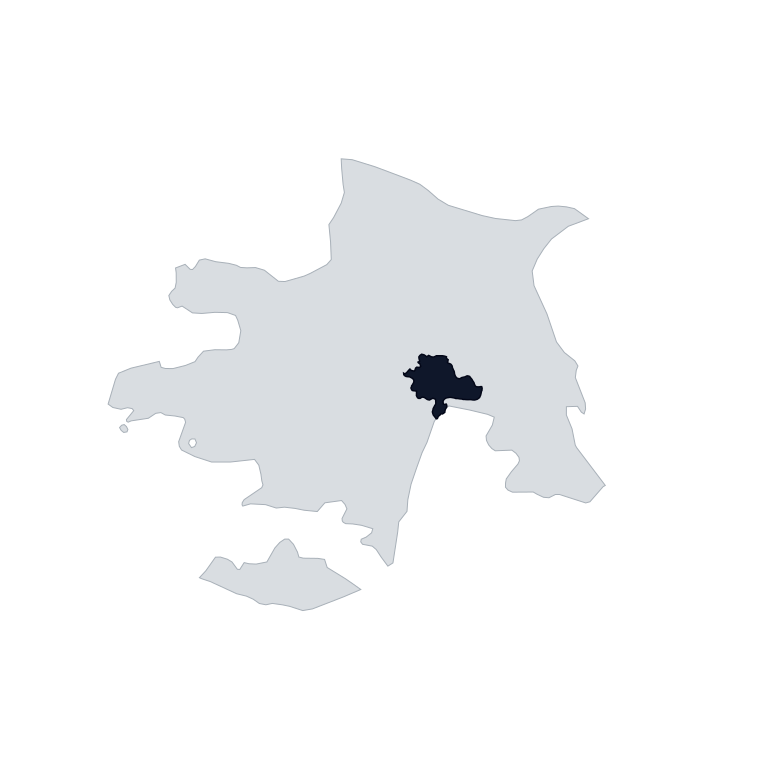 Imishli District, İmişli, Azerbaijan shown in context, rotated 325°
{"feature_id": "54616110B47039748407948", "entity_name": "Imishli District", "entity_type": "district", "adm_level": 2, "iso_a3": "AZE", "parent_name": "Azerbaijan", "parent_adm1": "İmişli", "projection": "equal_earth", "projection_center": [48.045, 39.875], "detail": "fine", "context": "in_parent", "style": "filled", "palette": "ink", "viewbox_px": 768, "rotation_deg": 325, "n_neighbors": 0, "source": "geoboundaries", "source_scale": "gbopen_adm2", "svg_char_len": 5708}
<svg xmlns="http://www.w3.org/2000/svg" viewBox="0 0 768 768"><g transform="rotate(325 384 384)"><path d="M507.1,594.0L504.5,593.8L485.1,598.6L481.0,597.1L464.4,575.2L461.0,572.8L453.9,571.8L449.7,568.3L446.3,562.4L444.3,558.1L427.2,546.3L424.7,542.0L424.3,538.2L426.8,534.8L429.7,531.9L438.1,528.9L447.8,526.4L450.9,524.6L452.5,521.5L452.4,516.5L450.8,511.5L436.8,502.5L435.3,498.7L434.8,493.9L435.6,489.0L437.8,485.1L449.2,479.8L455.3,474.4L451.5,468.3L439.2,454.4L424.6,439.2L414.9,439.0L403.7,443.5L385.7,456.5L375.8,462.1L362.8,471.3L348.7,481.6L337.1,492.5L329.8,501.5L317.0,505.4L310.4,513.0L288.7,535.7L282.7,535.4L282.4,524.1L282.7,515.2L281.4,510.1L274.5,503.0L274.4,500.0L276.3,498.1L281.6,499.2L288.5,498.8L291.8,496.1L284.5,486.8L278.0,480.6L272.5,476.4L271.3,473.9L271.3,472.2L272.5,470.1L282.0,465.0L283.0,460.3L282.4,455.1L267.4,447.4L256.2,450.2L246.2,441.6L239.8,434.9L231.8,427.8L224.6,423.8L217.8,414.9L205.9,405.6L198.3,403.0L198.4,401.6L199.8,399.9L203.1,398.5L224.4,398.8L227.0,397.2L228.4,393.2L231.4,387.4L234.9,378.7L234.7,371.5L213.4,359.8L198.0,349.0L187.4,334.9L180.3,321.9L180.6,317.6L182.7,313.5L199.5,301.6L200.6,298.5L200.3,296.4L194.4,290.3L187.1,284.0L184.8,279.4L180.2,277.1L171.3,276.9L155.8,269.2L152.5,268.5L151.8,266.9L152.6,265.4L163.7,262.3L163.6,259.7L160.3,256.3L154.1,253.9L148.4,247.7L146.5,242.2L166.8,226.1L172.7,222.9L185.8,225.9L212.9,236.6L211.0,242.5L213.7,245.8L219.9,250.3L231.9,254.9L242.0,257.3L247.2,255.3L255.0,253.6L265.1,258.9L274.4,265.6L279.1,268.3L281.6,269.1L288.7,266.9L297.3,258.2L300.8,247.8L301.7,242.7L296.8,235.8L286.6,228.3L275.2,221.7L267.9,215.9L263.3,204.4L258.5,203.1L257.3,201.7L256.6,197.7L256.8,192.3L258.5,188.1L263.2,186.3L267.9,185.6L272.1,181.6L277.5,173.8L279.8,169.4L289.7,171.9L291.0,178.9L292.8,180.4L296.9,179.6L303.8,176.6L309.3,178.9L316.3,187.3L326.0,196.1L331.2,202.1L333.3,206.2L338.3,210.2L345.5,214.9L351.3,222.2L356.4,239.3L361.7,243.3L380.5,249.8L387.1,251.1L405.6,253.4L412.2,251.8L421.7,237.0L430.3,221.8L438.3,218.7L452.7,211.3L461.4,204.4L465.0,197.0L473.1,182.9L478.1,175.0L486.6,182.0L501.4,201.1L522.6,232.1L527.9,240.9L531.3,251.1L534.3,263.5L539.2,274.5L560.8,302.1L570.2,312.3L585.4,325.6L590.8,328.5L597.9,329.4L610.8,329.4L622.9,334.6L628.8,338.2L635.0,343.5L640.6,349.6L646.3,365.9L625.4,360.5L604.4,361.3L592.6,364.8L581.1,369.6L570.2,376.4L563.3,389.5L557.7,420.0L549.4,448.5L549.8,461.7L553.6,474.5L553.2,480.5L549.3,483.1L544.4,488.5L538.0,514.8L534.8,520.1L530.7,523.3L529.5,520.2L529.7,513.3L520.4,507.2L515.6,514.0L512.3,528.6L505.6,543.8L505.3,546.7L507.1,594.0ZM196.7,324.6L197.6,320.6L195.0,318.7L192.3,318.6L189.8,320.7L189.8,325.7L193.1,326.6L196.7,324.6ZM126.2,443.3L123.1,439.1L121.7,436.8L131.0,434.8L146.6,429.2L150.7,431.9L155.2,437.7L157.4,442.6L157.6,451.7L159.5,453.2L167.0,450.1L170.3,453.8L176.0,458.2L186.0,462.6L200.6,455.7L207.8,454.0L213.7,454.1L216.9,456.3L217.9,463.4L216.7,472.1L215.0,476.9L218.0,480.4L229.8,488.9L234.7,493.6L232.2,501.7L240.8,521.6L243.7,529.4L247.1,539.0L229.0,535.2L196.4,527.2L187.5,523.0L179.1,511.9L174.1,506.6L166.7,499.7L160.6,497.1L156.0,492.3L153.4,485.2L149.6,478.8L143.0,471.3L128.2,445.9L126.2,443.3ZM148.1,274.4L146.0,275.8L143.0,274.4L142.1,271.3L142.4,268.0L145.4,267.3L147.9,268.2L148.6,271.1L148.1,274.4Z" fill="#d9dde1" stroke="#a8b0b8" stroke-width="1"/><path d="M450.8,397.5L449.6,395.9L448.1,394.4L444.5,391.9L443.1,390.9L441.4,390.7L439.9,390.3L438.4,388.9L437.0,386.2L436.5,386.2L434.6,386.2L434.2,384.7L433.5,383.0L431.9,381.2L429.8,381.2L428.1,381.8L427.2,383.4L426.6,385.1L426.1,385.9L424.4,385.6L424.3,386.4L425.0,388.2L424.2,390.6L423.2,390.9L421.8,390.2L420.5,389.0L419.0,389.1L418.5,389.5L417.0,390.6L416.4,390.8L415.5,390.1L414.5,389.0L413.7,387.5L413.8,386.6L413.5,386.6L411.3,387.1L409.0,387.7L407.0,387.7L406.5,386.9L406.3,386.4L405.6,387.6L405.6,388.8L406.4,390.5L407.6,391.6L409.1,392.8L409.8,394.2L410.6,395.9L410.7,397.7L410.1,398.9L409.0,399.9L407.7,400.5L406.7,401.0L405.6,401.3L405.0,402.0L403.8,402.7L403.6,403.4L403.4,404.6L403.4,405.4L404.0,406.2L404.9,406.9L405.9,407.9L406.5,408.5L405.8,409.6L405.1,410.5L404.3,411.6L403.9,412.1L403.7,413.5L403.6,414.6L404.2,415.7L405.4,416.5L406.9,416.5L407.9,416.7L409.3,418.1L409.9,419.7L410.4,421.1L411.0,422.1L412.1,423.2L413.3,423.3L415.7,423.6L416.7,424.8L417.3,426.0L416.9,427.2L416.2,428.2L415.6,429.2L414.9,430.1L412.9,430.9L412.0,431.4L410.2,432.3L409.0,433.5L407.6,434.6L407.1,436.0L406.6,437.7L406.7,439.2L406.8,441.3L406.8,442.5L407.9,442.9L409.1,442.2L409.9,441.6L411.3,441.6L412.2,441.5L413.6,441.1L414.8,442.1L417.5,442.1L418.4,441.1L419.4,440.2L420.2,439.7L421.9,439.0L422.8,438.2L423.3,437.1L423.5,436.2L422.8,435.8L421.7,435.4L421.1,434.5L422.1,432.5L422.9,431.7L424.4,431.1L426.0,431.0L427.5,431.3L428.6,431.9L430.1,432.6L431.3,433.5L432.2,434.4L433.6,435.8L434.6,437.2L436.0,438.1L437.5,439.6L439.2,441.0L440.0,442.1L441.2,442.9L442.1,443.7L443.5,444.8L444.7,445.6L445.5,446.1L446.4,446.8L447.5,447.9L448.4,448.6L449.3,449.2L450.2,449.5L451.6,450.0L453.1,450.0L454.6,449.9L455.2,449.4L456.3,448.9L457.3,448.1L458.5,447.0L459.5,446.0L460.6,445.4L461.4,444.4L462.0,443.7L462.5,442.2L461.7,441.6L460.6,441.1L459.6,440.5L458.4,439.5L457.6,438.2L457.8,437.0L458.0,435.9L458.5,434.4L458.5,432.5L458.7,430.6L458.5,428.3L458.5,426.9L457.3,425.4L456.5,424.9L454.4,424.6L452.8,423.9L451.3,423.3L449.5,423.2L448.7,422.9L447.8,421.9L447.0,420.6L447.0,418.4L447.3,417.1L447.8,415.7L448.3,414.9L448.8,413.6L448.9,412.4L449.2,411.4L449.2,410.4L449.7,409.4L450.2,408.1L450.2,406.9L450.1,406.1L449.5,405.0L448.6,403.9L448.4,402.6L449.2,402.2L449.9,401.5L450.5,400.8L450.1,400.2L450.1,398.2L450.8,397.5Z" fill="#0f172a" stroke="#020617" stroke-width="1.5"/></g></svg>